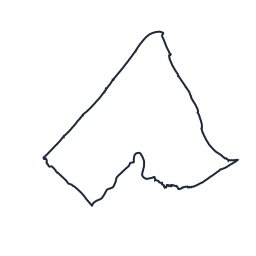 outline of Tanah Laut, Kalimantan Selatan, Indonesia, rotated 158°
{"feature_id": "22746128B54914598899185", "entity_name": "Tanah Laut", "entity_type": "district", "adm_level": 2, "iso_a3": "IDN", "parent_name": "Indonesia", "parent_adm1": "Kalimantan Selatan", "projection": "robinson", "projection_center": [114.872, -3.844], "detail": "fine", "context": "isolated", "style": "outline", "palette": "slate", "viewbox_px": 256, "rotation_deg": 158, "n_neighbors": 0, "source": "geoboundaries", "source_scale": "gbopen_adm2", "svg_char_len": 5344}
<svg xmlns="http://www.w3.org/2000/svg" viewBox="0 0 256 256"><g transform="rotate(158 128 128)"><path d="M122.4,69.6L122.2,69.7L121.9,69.7L121.7,69.5L120.9,68.6L119.9,67.7L119.6,67.1L119.3,66.7L119.4,66.0L118.7,65.3L117.9,64.8L116.9,64.4L117.1,64.0L117.3,63.7L117.5,63.7L117.6,63.2L117.5,62.9L116.6,62.0L116.3,61.4L116.2,61.0L116.5,60.4L116.5,60.2L116.5,59.9L116.4,59.8L115.9,59.6L115.9,59.4L116.0,59.3L116.1,58.9L115.9,58.9L114.7,58.7L113.7,59.7L113.6,60.3L113.5,60.5L112.9,60.4L112.6,60.3L112.1,60.0L111.8,59.8L111.9,59.2L111.8,58.7L111.5,58.5L111.3,58.5L110.6,58.9L110.4,58.9L110.1,58.5L109.7,58.4L109.8,58.2L109.7,58.0L109.8,58.0L109.8,57.8L109.7,57.7L109.4,57.8L109.4,58.4L109.3,58.6L109.2,58.5L108.7,58.4L108.6,58.6L108.2,58.3L107.8,58.2L107.7,57.9L107.4,57.9L106.9,57.6L106.7,57.2L105.9,56.6L105.7,56.3L105.1,56.1L104.9,56.2L104.7,56.0L104.6,55.8L104.6,55.6L104.6,55.3L104.5,55.1L104.3,55.0L104.2,54.7L104.2,53.9L104.3,53.8L104.3,53.6L104.2,53.4L104.2,52.9L104.0,52.4L103.8,52.4L103.2,52.2L102.3,52.2L101.8,51.9L101.1,52.2L100.3,52.3L100.0,52.2L99.8,52.2L99.6,52.4L99.2,52.4L99.0,52.2L98.2,52.3L97.2,52.0L96.5,52.0L95.1,51.3L94.9,51.3L94.9,51.1L94.8,50.6L94.4,50.3L94.0,50.4L93.9,50.1L93.7,50.1L93.2,50.3L93.1,50.1L92.7,50.0L92.3,49.7L91.6,49.7L91.4,49.6L91.3,49.4L90.8,49.6L89.4,49.1L88.2,49.2L87.8,49.1L83.9,49.3L82.6,49.6L79.9,49.6L78.3,49.9L72.9,51.1L69.6,52.0L67.6,52.3L60.0,54.2L58.6,54.6L58.1,55.0L56.8,54.7L52.8,54.7L49.8,55.1L46.6,55.8L45.1,55.9L43.0,56.3L41.3,56.5L38.9,57.1L38.4,57.3L39.1,57.9L39.8,57.9L40.0,57.9L40.6,57.9L42.3,58.7L43.3,58.9L43.5,59.0L44.0,59.4L44.7,59.5L45.2,59.7L45.7,60.1L46.4,60.3L46.6,60.3L46.7,60.1L46.6,59.7L46.8,60.0L47.1,59.9L47.0,60.6L47.2,61.1L47.5,61.4L47.6,61.9L47.9,62.1L48.2,62.8L48.4,62.7L48.8,63.2L49.5,63.5L49.7,63.8L50.2,65.0L50.5,65.5L51.2,66.6L51.9,68.2L52.5,69.0L53.2,69.9L53.7,70.8L55.1,72.6L56.6,75.6L58.1,79.5L59.0,82.2L59.4,84.6L59.4,84.9L59.8,87.0L60.0,87.8L60.0,89.2L60.3,92.2L60.4,95.8L60.5,96.8L60.4,97.1L60.1,99.7L59.9,99.6L59.6,100.0L59.0,101.5L58.4,103.0L58.2,103.7L57.6,108.1L57.6,108.8L57.3,113.7L57.3,114.6L57.6,115.8L57.4,116.2L57.5,116.4L57.3,116.5L57.1,116.8L56.9,116.9L56.9,117.4L56.6,118.1L56.5,118.7L56.4,119.2L56.5,120.1L56.8,124.7L57.5,128.3L57.5,128.7L57.7,129.4L57.6,129.5L58.1,132.3L58.0,133.0L57.7,133.4L57.7,133.9L57.6,134.0L57.8,134.3L57.9,135.6L57.8,136.1L57.7,138.4L58.8,143.4L58.8,143.6L58.7,143.8L59.1,144.2L59.2,145.1L59.3,145.7L59.5,145.9L59.4,146.3L59.4,146.8L59.7,147.7L61.5,156.1L61.7,156.7L62.0,157.2L62.1,157.3L61.8,157.6L61.7,157.9L61.7,159.1L62.4,162.7L62.5,162.7L62.4,162.7L62.8,165.0L63.4,169.3L63.5,171.8L63.5,176.0L63.6,176.4L63.4,176.6L63.1,178.7L62.9,179.5L62.7,179.9L62.3,179.9L61.9,179.7L61.4,179.8L60.8,180.2L60.8,180.4L61.1,180.6L61.2,181.3L61.5,181.8L61.5,182.8L61.5,183.0L61.4,183.1L61.7,185.9L61.9,189.2L61.8,195.9L61.9,196.5L61.8,197.1L62.0,200.1L61.8,200.8L61.3,201.6L60.6,202.1L59.9,202.5L59.8,202.8L60.0,203.2L60.9,204.3L62.1,205.1L63.2,205.7L63.8,205.9L64.9,206.2L67.3,206.7L68.1,206.8L70.3,206.9L71.8,206.8L73.3,206.7L75.5,206.0L77.2,205.5L80.7,203.8L85.0,201.4L87.8,199.7L92.4,196.5L92.5,196.3L91.8,196.9L91.5,196.9L92.6,196.0L93.7,195.7L97.2,193.4L100.9,191.2L101.6,190.7L104.4,189.1L104.8,188.8L105.9,188.3L110.0,185.8L113.9,183.7L122.1,179.3L123.2,178.8L123.4,178.7L123.6,178.7L123.5,178.4L123.5,178.2L123.4,178.6L123.3,178.2L123.6,178.0L124.3,178.1L124.8,177.8L128.3,175.3L130.8,174.0L132.9,172.6L133.3,172.5L133.5,172.6L133.7,172.9L133.8,172.8L133.6,172.5L133.8,172.2L134.5,171.6L136.2,170.6L136.1,170.3L136.5,170.0L137.6,169.6L137.1,169.9L137.3,169.9L140.5,168.0L143.4,166.3L147.7,164.3L150.0,163.1L152.5,162.0L152.8,161.7L153.3,161.6L156.6,160.1L160.8,158.5L164.1,157.6L164.5,157.4L165.0,157.2L165.1,156.5L165.3,156.4L165.5,156.5L165.8,156.4L166.3,156.4L167.5,155.6L167.8,155.6L168.4,155.3L168.4,155.0L168.8,154.7L170.1,154.3L173.2,152.7L174.7,151.7L175.3,151.5L177.6,150.1L179.1,149.5L182.5,147.7L187.0,145.7L189.2,144.9L190.0,144.7L190.5,144.7L190.8,144.4L190.9,143.6L191.1,143.4L191.3,143.5L191.5,143.5L192.1,143.7L192.8,143.3L195.7,141.6L198.5,140.3L199.9,139.6L203.4,138.2L204.0,137.8L204.3,137.7L205.4,137.2L206.5,136.8L207.5,136.2L208.6,135.8L212.8,133.9L214.8,133.2L215.7,132.7L216.5,132.5L216.8,132.4L216.9,132.0L217.1,132.0L217.3,132.1L217.6,131.6L217.4,130.7L216.4,130.3L215.7,130.4L215.7,129.6L215.4,128.7L215.9,127.1L216.4,126.9L216.5,125.3L215.8,123.9L215.8,122.7L215.5,121.8L215.0,121.5L214.2,121.2L213.7,121.2L213.0,120.9L212.5,120.1L212.3,119.2L211.7,118.1L211.5,117.1L211.0,116.0L211.1,114.9L210.6,114.2L210.6,113.4L210.0,112.7L209.8,112.7L205.1,102.7L204.1,98.8L201.5,96.6L201.3,96.5L201.1,95.6L200.8,95.0L200.0,94.3L199.6,93.7L198.8,92.2L197.3,89.2L195.7,85.7L194.6,82.6L193.8,80.1L193.5,78.3L190.5,69.6L189.9,70.0L188.4,71.4L184.7,72.3L180.0,72.4L178.2,72.9L174.8,75.3L171.0,78.5L170.2,78.8L164.4,78.6L162.9,79.6L161.1,81.3L159.6,82.8L157.7,85.7L157.0,86.2L156.4,86.8L145.7,91.0L141.5,92.5L141.0,92.8L139.4,94.5L138.8,94.8L135.6,94.1L135.1,94.8L134.3,97.0L132.7,99.6L131.8,100.6L130.0,101.4L128.7,101.3L127.3,100.9L126.6,100.6L125.9,99.4L125.8,97.7L125.5,96.7L125.4,95.1L125.5,91.2L127.5,86.5L132.4,79.7L132.5,78.0L132.4,77.2L131.6,75.7L130.1,73.9L124.5,72.8L123.4,72.8L122.5,72.9L122.1,72.8L121.8,72.5L121.7,72.1L122.3,70.1L122.4,69.6Z" fill="none" stroke="#1e293b" stroke-width="2"/></g></svg>